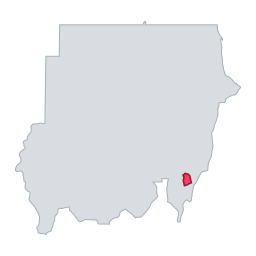 location of Ar Rusayris, Blue Nile, Sudan
{"feature_id": "16777658B20285079264513", "entity_name": "Ar Rusayris", "entity_type": "district", "adm_level": 2, "iso_a3": "SDN", "parent_name": "Sudan", "parent_adm1": "Blue Nile", "projection": "natural_earth1", "projection_center": [34.492, 12.166], "detail": "fine", "context": "in_parent", "style": "filled", "palette": "rose", "viewbox_px": 256, "rotation_deg": 0, "n_neighbors": 0, "source": "geoboundaries", "source_scale": "gbopen_adm2", "svg_char_len": 4730}
<svg xmlns="http://www.w3.org/2000/svg" viewBox="0 0 256 256"><path d="M180.1,221.9L177.6,221.9L177.3,221.2L177.4,219.4L177.6,217.9L178.6,215.7L178.3,214.4L178.5,212.6L177.8,210.6L171.8,204.9L170.6,203.3L167.3,201.8L167.9,200.2L166.6,188.3L167.3,186.9L167.4,184.8L167.4,183.0L168.2,180.0L168.3,178.7L161.9,178.6L161.8,179.9L162.1,181.4L162.1,181.9L153.1,182.0L156.7,186.6L156.8,188.7L156.7,191.2L156.7,192.9L156.9,193.9L157.8,196.0L157.8,196.4L157.6,196.9L151.2,203.1L150.1,206.0L149.3,207.5L147.4,210.0L141.6,216.6L140.7,217.1L136.3,217.3L135.8,217.5L135.5,217.8L135.3,217.7L131.5,213.8L125.2,209.1L120.9,211.6L119.8,212.5L119.8,214.7L119.1,215.9L118.0,217.1L114.9,217.9L113.2,218.6L111.3,219.9L109.4,222.0L109.3,223.1L109.5,224.1L98.7,224.0L98.0,223.2L96.5,219.7L95.4,220.0L85.6,219.6L84.2,219.9L81.4,221.4L80.0,221.6L78.5,220.9L73.4,214.0L72.3,213.2L71.2,211.6L70.1,210.8L69.7,210.3L69.6,209.6L69.6,208.1L69.3,207.1L68.5,206.9L61.6,208.5L60.6,208.3L59.1,208.6L58.6,208.9L58.0,209.8L57.9,211.7L57.7,212.6L57.2,213.7L55.2,216.0L54.7,217.0L54.8,219.6L54.7,220.9L54.4,221.5L53.5,222.5L53.2,223.1L52.8,226.4L51.7,228.4L51.5,229.1L51.4,230.5L51.2,231.0L48.1,232.1L46.9,232.8L46.2,234.0L46.0,234.4L44.7,234.0L43.0,233.7L39.7,233.4L38.4,232.9L37.8,232.1L38.0,230.1L37.7,229.7L37.2,229.3L36.8,228.4L36.9,227.4L38.6,225.1L39.0,223.8L39.5,218.0L39.4,216.3L38.1,213.0L35.0,207.4L34.2,206.3L30.3,201.7L29.9,201.0L28.9,199.1L30.0,194.8L30.1,193.6L29.9,192.4L28.9,191.5L28.0,191.4L26.9,190.2L26.1,189.7L25.4,188.7L25.0,187.3L25.4,182.3L25.2,181.6L24.2,181.4L23.9,181.0L24.0,180.1L23.5,177.2L22.9,174.8L23.2,173.5L22.4,171.7L20.8,171.0L17.7,171.5L16.7,171.4L16.1,171.1L15.6,170.5L15.4,169.7L15.6,168.5L16.5,166.4L17.6,164.6L19.9,163.0L20.5,162.2L20.9,161.2L21.0,160.1L20.8,159.0L20.6,157.9L19.9,156.5L19.4,154.9L19.4,153.8L19.7,153.0L20.3,152.1L22.5,150.2L24.8,148.7L25.2,148.1L25.1,147.5L24.1,146.2L23.8,143.7L23.2,142.0L24.4,140.7L25.3,140.3L26.6,139.9L27.1,139.3L27.3,138.3L27.3,137.3L27.8,136.6L28.4,135.0L29.0,134.3L30.7,132.4L31.1,131.2L31.3,130.1L30.8,126.6L31.9,125.1L33.2,123.9L35.0,124.0L37.9,123.7L39.9,123.2L41.3,123.2L44.4,123.9L44.8,123.6L44.9,122.7L45.9,56.3L59.0,56.3L59.2,56.2L59.7,24.8L142.2,24.8L142.9,24.7L144.2,21.8L144.8,21.6L145.6,21.7L145.9,22.4L145.2,24.8L217.2,24.8L217.4,28.4L218.0,31.3L220.0,35.4L221.8,37.6L222.4,38.8L222.5,39.4L222.4,39.9L221.9,39.3L221.0,38.9L220.8,40.8L221.3,44.7L222.0,47.5L221.5,50.1L221.6,54.4L222.5,59.5L222.4,62.9L223.9,70.6L225.4,74.9L226.2,75.9L227.1,76.5L228.8,76.8L231.4,79.0L233.5,81.3L234.2,82.5L235.2,83.8L235.8,83.6L236.3,83.3L236.9,84.3L240.2,86.6L240.6,87.7L239.5,88.7L238.2,90.5L237.5,92.2L237.2,92.7L236.1,93.8L235.9,94.3L235.5,94.6L235.0,94.6L233.9,95.2L232.9,95.0L231.9,95.4L231.5,95.8L230.7,96.1L229.6,96.3L228.0,97.7L226.5,98.4L226.0,99.0L225.3,101.8L224.7,102.5L222.5,102.6L221.5,102.8L220.0,102.5L219.3,102.6L219.2,103.2L218.9,105.6L218.9,106.6L217.7,109.4L218.1,114.6L216.9,118.4L216.8,119.3L215.6,122.4L215.0,123.5L213.5,129.3L212.9,131.0L211.6,132.9L213.0,146.6L211.9,150.9L211.9,153.2L211.2,156.6L210.6,158.1L209.6,160.0L208.8,162.1L208.1,164.9L207.7,170.2L207.4,170.7L203.6,171.3L202.3,171.7L201.5,172.3L200.5,173.7L198.6,177.4L197.5,179.7L195.9,182.8L194.0,185.0L193.6,186.0L193.3,188.0L192.6,191.2L192.0,193.5L192.1,195.3L191.5,198.4L191.6,199.9L191.0,200.8L190.1,201.6L189.5,201.8L186.8,199.7L184.9,201.1L183.7,203.2L182.8,205.2L183.3,209.5L183.3,210.5L183.0,211.5L181.2,215.8L180.7,217.7L180.1,221.1L180.1,221.9Z" fill="#d9dde1" stroke="#a8b0b8" stroke-width="1"/><path d="M185.1,173.3L184.9,173.6L184.8,173.8L184.4,174.1L184.2,174.3L183.6,174.6L183.0,175.0L183.3,175.3L183.4,175.5L183.3,175.8L183.5,175.8L183.7,176.0L183.8,176.1L183.9,176.5L184.0,176.7L183.9,176.9L183.8,177.0L183.8,177.3L183.9,177.6L183.9,177.8L183.8,178.0L183.9,178.4L183.9,178.7L183.9,178.8L183.7,179.0L183.6,179.3L183.4,179.7L183.3,179.8L183.2,179.9L183.3,180.2L183.4,180.4L183.3,180.8L183.3,181.0L183.4,181.5L183.5,181.5L183.6,181.8L183.6,182.1L183.7,182.3L183.8,182.4L183.8,182.5L183.8,182.9L183.9,183.1L184.0,183.2L184.0,183.5L184.0,183.8L184.0,184.1L184.1,184.3L184.1,184.5L184.2,184.8L184.2,185.1L184.3,185.2L184.3,185.3L184.4,185.6L184.5,185.7L184.8,185.7L185.0,185.7L185.3,185.4L187.7,184.6L188.5,184.0L189.0,183.8L189.2,183.7L191.4,182.8L191.1,181.8L191.1,181.5L191.0,181.2L190.9,180.8L190.8,180.2L190.7,179.7L190.6,179.4L190.6,179.2L190.5,178.9L190.5,178.6L190.4,178.5L190.4,178.3L190.2,177.4L190.0,176.6L189.9,176.2L189.8,175.8L189.6,175.5L189.3,175.2L188.5,174.7L188.3,174.4L188.1,174.3L187.9,174.0L187.7,174.0L187.4,174.0L187.1,173.9L186.7,173.9L186.4,173.7L186.2,173.7L185.7,173.6L185.4,173.4L185.1,173.3L185.1,173.3Z" fill="#f43f5e" stroke="#9f1239" stroke-width="1.5"/></svg>